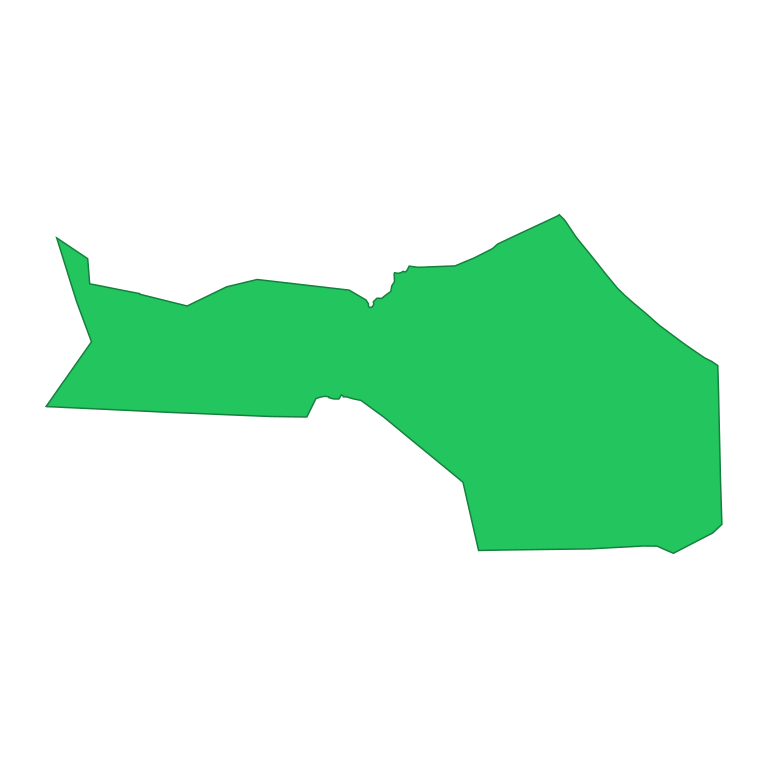 outline of Ad Damar, River Nile, Sudan
{"feature_id": "16777658B48152145505779", "entity_name": "Ad Damar", "entity_type": "district", "adm_level": 2, "iso_a3": "SDN", "parent_name": "Sudan", "parent_adm1": "River Nile", "projection": "orthographic", "projection_center": [33.881, 17.119], "detail": "fine", "context": "isolated", "style": "filled", "palette": "green", "viewbox_px": 768, "rotation_deg": 0, "n_neighbors": 0, "source": "geoboundaries", "source_scale": "gbopen_adm2", "svg_char_len": 1916}
<svg xmlns="http://www.w3.org/2000/svg" viewBox="0 0 768 768"><path d="M46.1,406.5L46.3,406.6L58.4,407.1L63.4,407.4L72.4,407.8L113.8,409.7L169.7,412.4L270.2,416.5L306.8,417.0L316.0,398.5L320.9,397.0L325.0,396.3L328.7,396.8L328.9,397.6L331.2,398.3L332.9,398.8L335.1,399.0L336.0,399.0L338.0,399.0L338.9,399.0L340.4,396.6L341.4,395.0L343.0,395.9L343.4,396.9L346.3,396.8L353.4,398.9L360.9,400.4L383.7,417.0L416.5,444.1L421.8,448.4L456.9,477.2L463.0,482.3L473.4,527.9L478.1,548.4L478.6,550.5L503.5,550.0L589.7,548.9L643.0,546.0L656.2,546.1L657.2,546.2L665.3,549.8L673.4,553.3L712.8,532.9L721.9,524.3L720.6,483.8L719.3,427.5L718.5,389.8L717.9,369.5L717.8,365.6L711.7,361.4L704.5,357.8L691.0,348.6L685.3,344.6L678.7,339.8L658.9,325.0L645.6,313.2L633.3,302.9L625.3,295.9L617.5,288.3L606.2,274.6L594.2,259.4L579.7,241.6L575.6,236.4L567.0,223.5L565.2,220.9L564.3,219.7L563.0,218.4L559.2,214.7L559.1,214.8L558.0,215.7L553.8,217.7L550.4,219.3L523.7,231.7L497.7,244.0L492.5,248.6L474.0,258.0L467.5,260.7L455.0,265.9L425.8,267.0L425.3,267.1L417.9,267.3L409.2,266.1L407.8,268.8L406.8,270.8L405.1,272.0L404.2,271.8L403.5,271.4L402.7,271.5L401.7,272.2L400.5,272.8L399.7,273.0L398.6,273.2L397.0,273.2L396.1,273.0L394.6,272.7L394.3,273.2L394.2,274.0L394.1,274.7L394.3,276.6L394.4,279.2L394.5,281.6L391.8,285.8L390.8,291.5L389.9,292.1L387.9,293.5L384.2,296.3L381.8,298.4L377.0,298.2L374.9,300.2L373.3,301.8L373.6,303.6L373.7,304.5L372.7,306.1L372.2,307.0L369.6,307.5L368.6,306.5L368.4,305.1L368.5,303.9L366.0,300.0L349.1,290.1L271.1,281.1L257.1,279.5L226.7,286.8L187.1,306.0L139.7,294.2L139.7,293.6L117.0,289.2L100.1,285.8L90.5,284.0L89.7,283.8L87.7,258.7L56.7,237.9L57.8,241.4L61.8,254.2L65.8,267.1L72.0,287.0L76.7,301.9L79.9,310.5L91.4,341.6L91.5,341.8L84.2,352.2L81.6,355.9L79.7,358.6L69.3,373.4L66.0,378.2L64.1,380.9L63.7,381.3L53.6,395.8L50.2,400.7L46.1,406.5L46.1,406.5Z" fill="#22c55e" stroke="#15803d" stroke-width="1.5"/></svg>